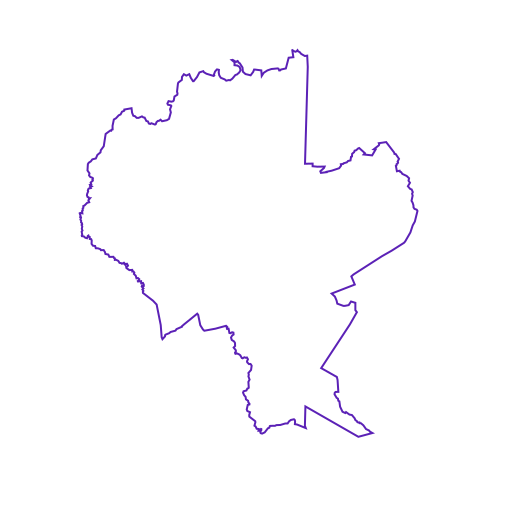 San Marcos, Jalisco, Mexico (Albers equal-area conic projection), rotated 259°
{"feature_id": "50627088B3793649992837", "entity_name": "San Marcos", "entity_type": "district", "adm_level": 2, "iso_a3": "MEX", "parent_name": "Mexico", "parent_adm1": "Jalisco", "projection": "albers", "projection_center": [-104.227, 20.824], "detail": "fine", "context": "isolated", "style": "outline", "palette": "violet", "viewbox_px": 512, "rotation_deg": 259, "n_neighbors": 0, "source": "geoboundaries", "source_scale": "gbopen_adm2", "svg_char_len": 6069}
<svg xmlns="http://www.w3.org/2000/svg" viewBox="0 0 512 512"><g transform="rotate(259 256 256)"><path d="M424.9,153.9L424.4,154.8L423.7,154.3L423.2,152.0L420.8,150.1L420.3,148.1L417.9,144.8L417.1,142.5L411.1,140.0L407.6,139.4L407.5,138.3L406.6,137.8L406.9,136.8L404.5,131.7L392.8,127.5L389.4,123.8L387.4,123.1L385.5,119.6L382.3,117.4L382.1,113.8L380.4,111.9L379.5,109.6L378.3,108.5L372.1,106.9L368.9,108.3L367.0,107.5L365.3,108.3L363.8,110.6L362.8,110.7L362.2,110.0L361.1,110.2L359.7,107.7L357.6,108.0L357.5,106.5L356.6,106.7L355.7,107.8L355.4,106.4L354.2,106.8L354.1,104.6L353.6,104.1L352.3,103.4L351.5,103.6L349.0,102.0L347.8,101.6L346.1,101.9L345.6,102.8L344.6,102.9L344.4,104.1L342.7,102.1L340.6,102.5L340.4,100.4L338.3,97.3L338.0,96.0L336.2,95.7L335.7,94.9L333.7,94.6L333.3,93.8L331.0,93.7L331.8,91.7L331.6,91.1L328.9,91.4L327.9,90.9L327.7,91.5L327.1,91.6L325.3,90.6L324.0,91.1L322.3,90.7L321.5,91.4L320.2,91.4L319.7,90.7L318.2,91.1L315.9,90.2L314.1,90.5L313.2,89.5L310.1,89.5L309.5,88.9L308.7,88.9L308.1,90.7L306.5,91.9L305.7,93.5L306.6,94.0L306.8,94.8L307.8,94.8L308.0,95.3L307.4,95.3L306.5,96.4L304.4,96.1L304.0,97.4L302.6,97.7L299.3,96.9L297.2,97.9L296.5,100.0L294.2,100.2L293.7,102.3L292.4,104.5L291.3,104.9L290.9,107.6L288.6,108.5L286.7,108.6L285.6,111.3L283.1,111.9L282.4,115.9L281.0,116.3L280.6,117.0L279.1,116.7L279.0,117.9L277.5,119.9L275.3,120.7L274.7,122.3L274.0,122.9L274.6,125.1L273.8,125.6L273.1,125.3L272.2,126.0L273.0,127.0L273.0,127.9L271.0,128.5L270.4,127.9L270.2,126.5L268.9,126.5L266.3,129.0L266.0,131.8L264.4,131.6L264.3,132.7L262.9,133.4L261.7,132.7L259.6,134.2L256.9,134.4L256.9,135.9L255.5,137.0L254.6,136.5L254.0,135.2L253.5,135.3L253.2,138.4L251.2,138.1L251.1,139.9L249.2,140.4L247.9,140.1L247.6,139.4L248.6,138.5L247.8,138.0L245.6,139.3L244.8,138.1L243.2,138.8L242.5,138.1L241.3,138.0L231.7,146.4L227.3,149.2L206.4,149.3L194.3,147.9L192.2,148.3L194.4,151.3L195.7,151.7L196.1,152.4L196.8,156.1L197.7,157.6L198.1,162.7L199.4,164.0L200.7,169.8L201.2,169.9L202.7,172.5L210.6,187.3L209.3,188.0L198.7,188.1L194.0,189.9L192.5,191.0L192.4,202.3L193.2,213.3L191.8,214.3L191.3,214.2L191.2,213.6L189.9,213.7L189.8,215.2L185.5,215.2L185.1,216.1L185.7,218.0L185.1,219.2L183.2,219.0L182.5,217.4L180.7,215.9L178.2,216.2L176.3,218.2L174.6,218.8L171.6,218.3L170.4,216.6L167.3,218.2L166.1,218.0L165.2,217.0L164.1,217.0L163.8,217.4L164.1,218.6L162.7,220.6L161.6,221.6L158.6,222.6L158.1,223.4L158.8,225.2L158.0,226.6L158.1,227.7L156.2,228.4L154.4,227.1L153.3,227.1L151.2,228.5L151.1,229.9L150.6,230.3L149.1,230.8L145.1,229.4L142.6,226.2L140.8,226.3L139.3,225.6L135.9,226.1L133.9,224.5L128.3,223.8L127.7,223.4L127.5,222.2L125.8,220.9L125.6,218.0L124.3,217.2L121.6,217.8L119.8,218.9L117.2,218.8L115.4,220.6L113.7,220.6L112.2,221.4L111.5,221.2L111.4,219.5L107.1,217.6L105.5,217.9L103.8,220.3L101.2,219.0L99.6,218.8L94.0,223.7L93.0,223.7L89.7,222.1L88.7,223.1L86.3,223.7L85.7,225.6L84.0,225.1L84.1,226.1L85.3,227.9L85.1,228.2L84.1,228.0L82.5,226.6L81.2,226.8L80.5,228.1L81.2,230.9L84.6,234.8L84.9,236.3L86.4,237.1L86.5,237.8L85.7,242.4L86.1,243.7L85.5,247.6L86.0,252.7L85.6,255.1L87.4,256.9L88.4,258.9L88.5,262.1L87.5,262.8L86.2,262.8L83.5,262.1L82.7,264.2L77.6,272.0L80.0,271.6L98.9,275.8L59.0,322.0L60.0,336.5L61.8,334.4L63.2,333.6L65.1,331.0L69.3,329.1L71.8,327.1L72.1,325.9L72.9,325.8L73.0,324.6L73.8,323.7L74.4,323.7L76.1,322.2L77.8,321.9L81.6,319.8L82.5,317.5L85.6,314.6L84.8,313.7L86.6,311.2L92.0,309.8L97.4,310.1L98.2,309.2L100.3,309.2L101.4,308.1L105.3,306.7L106.7,307.2L107.4,308.2L106.9,310.9L118.7,312.4L121.8,312.3L133.5,298.6L170.9,335.1L181.6,344.3L183.9,343.2L191.1,344.6L193.2,340.6L190.1,337.6L190.1,333.7L190.4,332.2L193.7,326.7L196.9,326.6L201.1,325.7L204.7,323.1L209.1,347.5L217.8,345.7L219.3,348.3L231.8,379.7L235.3,390.1L240.7,403.8L241.8,405.2L249.6,412.0L256.2,415.7L259.5,418.5L269.4,423.1L270.8,422.6L272.0,420.6L273.6,419.9L275.8,420.2L278.5,419.9L280.5,419.2L285.4,421.3L287.3,421.1L288.8,422.1L291.6,421.5L292.5,420.1L295.5,418.4L298.5,421.1L300.8,420.1L303.1,421.1L305.8,419.2L308.7,415.3L310.6,414.5L311.2,413.5L312.3,413.3L312.3,410.5L317.8,410.5L318.1,411.2L319.3,411.5L319.9,412.8L320.8,413.3L321.6,413.0L324.1,414.9L329.4,412.6L329.8,411.4L331.1,411.4L343.0,405.5L343.3,398.1L342.2,398.3L341.2,397.7L338.3,392.0L337.7,393.7L332.6,389.2L335.1,381.1L336.2,382.5L342.3,377.9L342.1,376.8L340.7,374.5L340.6,372.9L339.2,372.1L338.0,369.9L335.4,369.2L335.2,368.2L331.8,367.0L331.7,364.5L330.6,363.0L330.3,359.7L329.8,359.3L329.9,356.8L328.5,356.8L326.3,354.4L325.3,346.6L325.2,341.3L324.8,341.3L325.2,335.6L326.9,335.3L329.4,339.5L330.7,340.4L331.9,333.5L333.3,328.7L335.9,329.2L337.2,321.7L431.8,342.9L442.9,344.5L443.0,342.1L445.8,338.9L447.8,337.8L448.9,336.4L450.1,336.0L449.2,334.9L449.0,333.6L450.5,331.4L451.9,330.9L444.0,330.6L444.4,325.9L434.4,321.1L434.3,316.1L433.6,315.2L433.7,314.2L435.6,313.8L436.0,313.1L436.6,306.8L436.0,302.6L434.4,298.6L431.7,296.0L437.2,296.6L439.1,290.9L439.4,289.7L437.3,288.4L434.4,285.2L436.6,280.4L439.4,278.3L443.6,278.7L448.2,276.9L449.3,275.7L450.4,275.6L451.0,275.0L450.3,273.5L453.0,270.5L453.0,269.6L450.2,271.9L447.4,271.3L446.5,274.1L445.2,275.5L444.2,276.1L441.3,276.3L439.3,274.5L437.8,271.9L437.6,270.3L434.6,266.6L433.4,264.1L433.9,263.0L433.8,260.2L435.3,259.0L437.7,255.4L440.4,254.4L443.1,254.4L445.8,255.1L446.4,253.9L446.6,253.2L444.9,251.0L442.1,249.3L441.2,249.5L440.8,248.8L444.4,242.1L446.4,239.9L447.5,239.5L447.0,235.5L442.9,232.2L439.5,228.2L439.6,227.5L443.3,226.0L447.2,225.2L446.4,222.0L448.2,219.9L445.9,217.5L443.0,216.8L441.1,212.9L440.2,212.3L432.3,209.8L430.7,210.0L429.3,209.5L428.1,206.4L424.3,204.9L423.7,204.0L423.6,202.5L424.7,199.7L422.6,198.1L421.3,198.4L420.1,201.2L419.4,201.5L416.4,199.6L413.2,199.8L407.2,196.8L406.3,194.4L406.2,189.5L408.0,188.3L407.2,186.5L407.3,185.4L406.4,183.9L404.5,182.7L404.3,181.9L406.3,178.6L405.8,177.4L406.5,176.1L408.7,175.6L409.5,174.1L413.1,173.1L413.5,171.9L414.8,170.7L414.0,167.1L414.4,165.2L416.3,163.9L417.1,162.3L420.3,161.7L424.8,162.0L424.9,153.9Z" fill="none" stroke="#5b21b6" stroke-width="2"/></g></svg>